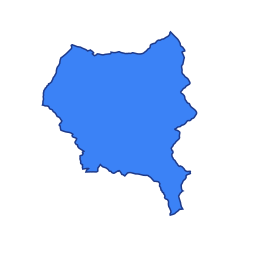 Fosca, Cundinamarca, Colombia (Natural Earth projection), rotated 254°
{"feature_id": "7082276B26264709784086", "entity_name": "Fosca", "entity_type": "district", "adm_level": 2, "iso_a3": "COL", "parent_name": "Colombia", "parent_adm1": "Cundinamarca", "projection": "natural_earth1", "projection_center": [-73.944, 4.318], "detail": "fine", "context": "isolated", "style": "filled", "palette": "blue", "viewbox_px": 256, "rotation_deg": 254, "n_neighbors": 0, "source": "geoboundaries", "source_scale": "gbopen_adm2", "svg_char_len": 5823}
<svg xmlns="http://www.w3.org/2000/svg" viewBox="0 0 256 256"><g transform="rotate(254 128 128)"><path d="M208.7,195.3L208.0,194.5L207.1,194.2L206.2,193.6L205.1,191.8L204.5,188.9L204.1,187.9L203.8,186.8L203.8,186.1L204.0,185.5L204.0,184.9L203.5,183.1L203.7,182.4L204.0,182.1L204.0,180.8L203.7,180.1L203.4,179.3L202.5,178.3L202.2,177.7L202.1,177.3L202.2,175.6L202.1,174.3L201.9,173.1L201.4,172.3L199.7,171.6L199.1,171.2L198.8,170.7L198.4,168.9L197.1,167.0L196.6,165.6L195.7,163.5L195.6,162.1L195.8,160.1L196.4,158.2L196.7,157.5L198.9,153.6L199.1,153.0L198.9,151.4L199.0,150.8L199.6,149.3L199.6,148.6L200.4,145.7L201.2,144.5L201.6,143.6L202.1,142.8L202.5,142.0L203.6,140.8L203.8,140.4L203.9,139.3L203.8,138.5L204.0,136.5L204.5,134.8L205.5,132.7L205.3,132.7L204.6,132.2L204.3,131.8L204.2,131.2L204.5,129.8L205.1,126.1L205.1,124.5L205.5,123.3L206.4,121.6L207.0,120.7L207.7,119.1L207.7,118.7L207.2,118.1L206.8,116.4L206.8,115.6L209.1,114.2L209.7,115.7L211.3,115.0L212.0,114.4L212.7,113.7L213.3,113.5L213.2,110.4L214.4,109.6L215.3,108.7L217.2,106.3L218.8,104.6L220.2,101.6L222.4,98.7L222.8,98.0L223.3,97.6L223.4,97.1L223.2,96.4L222.9,96.1L222.6,96.1L222.1,96.3L220.8,96.0L220.2,95.8L219.9,95.4L217.3,90.7L216.1,88.4L214.3,84.2L214.1,83.2L213.8,82.8L212.1,81.6L211.2,81.2L210.3,80.7L209.2,80.4L207.2,78.6L206.0,76.9L204.5,75.8L202.7,74.9L201.1,74.4L200.1,73.6L199.3,72.7L198.2,71.8L197.2,70.3L196.5,69.6L195.5,69.1L194.7,68.2L193.4,67.2L192.4,65.1L192.4,64.0L192.3,63.8L191.4,63.6L190.9,61.9L189.5,60.7L189.3,60.3L189.2,59.6L187.9,58.5L187.2,57.5L186.0,57.0L184.9,56.3L182.7,55.8L181.5,55.1L179.8,54.9L178.4,54.5L177.6,53.9L176.5,53.4L175.3,53.1L173.6,52.1L173.4,52.7L172.1,54.4L171.6,56.0L170.9,57.3L169.6,57.9L168.5,57.9L167.9,58.2L166.5,60.1L165.9,60.4L164.5,60.6L162.8,62.0L160.9,62.7L159.0,63.0L158.5,63.2L158.4,63.3L158.0,64.1L156.4,65.3L154.1,65.9L153.1,66.4L152.8,66.2L152.2,65.5L151.3,64.8L151.2,64.0L150.0,62.8L149.5,62.8L149.3,62.7L148.9,63.2L148.5,63.3L147.7,63.2L146.2,62.9L144.4,62.9L143.2,64.5L141.9,66.4L141.3,67.4L139.9,70.4L138.9,71.8L137.5,73.1L137.2,73.3L136.3,72.2L135.0,72.2L134.2,73.0L133.0,74.8L132.1,75.7L131.8,75.7L130.9,75.1L129.2,73.3L128.9,73.1L128.0,73.1L126.4,73.7L125.7,74.8L124.0,74.6L123.6,74.9L123.0,74.9L122.1,75.4L117.8,79.2L117.7,79.0L117.3,77.6L116.8,77.4L116.4,77.5L116.0,77.8L115.7,77.8L114.6,76.5L114.5,75.9L114.6,74.4L113.5,73.9L112.3,73.8L111.8,73.4L111.3,73.3L109.3,73.4L108.5,73.2L108.1,73.0L106.9,72.8L106.3,73.2L105.4,74.1L105.1,74.2L104.4,73.7L103.6,73.8L102.4,73.2L101.5,73.3L101.0,73.2L100.5,76.9L100.1,78.6L99.9,78.9L99.7,78.6L99.3,77.3L98.8,76.6L98.0,75.9L97.3,75.4L96.1,80.2L95.7,81.3L95.7,81.7L94.5,85.4L94.7,86.8L94.8,87.0L95.2,87.2L96.8,87.6L97.9,88.1L99.3,90.0L100.5,91.3L98.4,92.5L97.5,93.2L96.7,94.5L95.5,96.1L93.6,97.5L91.9,98.1L91.6,98.4L91.0,99.7L89.8,100.1L89.2,100.7L88.6,101.4L88.4,102.5L89.5,106.4L89.5,106.5L89.1,106.7L89.1,106.9L89.5,107.4L89.4,107.9L87.3,108.8L85.1,109.3L84.8,109.9L84.4,110.4L82.8,111.7L83.1,112.3L83.5,112.6L83.8,113.4L84.9,115.1L84.8,116.9L84.3,118.5L81.8,122.6L81.2,124.5L80.5,126.1L80.1,126.7L78.3,129.9L77.5,132.2L77.4,132.9L76.6,134.4L75.9,134.7L74.6,135.9L74.0,136.3L72.4,137.0L71.5,137.6L70.8,137.7L69.8,138.3L69.4,138.9L69.0,140.3L68.5,141.1L68.3,141.8L67.9,142.4L67.4,142.7L65.7,143.3L65.5,143.2L64.7,142.7L63.4,142.3L62.4,142.7L61.8,142.9L60.8,142.7L60.0,142.9L59.5,142.6L59.2,142.6L58.6,143.3L57.5,143.2L56.8,143.4L56.6,143.5L56.2,144.3L55.0,144.1L54.5,144.4L53.3,144.8L52.3,144.7L52.0,144.6L51.4,144.1L51.0,144.0L50.6,144.1L49.8,144.4L49.4,144.8L48.3,146.2L46.7,146.7L44.8,146.3L44.0,145.9L42.1,145.6L41.1,145.6L40.0,145.9L36.8,146.3L35.2,146.1L34.2,145.1L33.7,144.7L32.6,144.6L32.6,147.4L32.8,149.3L33.5,150.6L34.6,153.4L34.9,154.0L35.6,154.9L35.0,158.3L37.7,157.6L40.5,157.7L41.6,157.9L46.5,157.8L48.4,157.9L48.8,158.0L49.5,158.9L50.9,160.2L51.6,161.7L52.3,162.6L52.4,163.4L52.9,162.9L53.9,162.7L55.1,162.7L57.9,163.2L59.1,163.8L59.6,164.5L60.6,165.4L61.6,166.1L62.4,167.2L62.9,168.5L63.9,169.8L64.6,170.3L66.0,170.6L66.6,171.3L66.9,173.1L66.9,174.6L67.1,175.4L68.2,175.4L68.8,175.9L69.2,175.9L69.4,175.3L69.8,173.2L70.1,172.6L70.6,171.9L71.6,171.1L72.0,171.0L73.2,170.7L75.7,169.4L77.1,167.8L76.9,167.0L77.1,166.6L77.6,166.4L78.5,165.8L79.8,165.5L81.1,164.9L83.8,164.2L85.5,163.0L86.6,163.0L87.8,162.6L88.9,162.5L90.6,162.9L91.0,163.2L91.8,164.4L92.4,164.6L93.5,164.7L94.2,164.1L94.4,164.0L95.4,164.1L96.3,163.9L96.8,164.1L97.3,164.7L98.3,166.2L98.9,166.7L99.5,167.0L99.7,167.3L100.1,168.3L100.8,169.5L101.6,170.3L103.3,173.8L103.8,174.4L104.5,174.9L105.9,175.1L106.8,175.4L108.9,176.4L109.7,176.6L110.6,176.1L111.2,175.7L112.2,174.6L113.2,173.1L113.6,172.8L114.0,172.7L114.2,173.0L114.3,174.2L115.1,175.8L115.2,176.3L115.0,178.7L115.1,179.1L115.6,179.7L115.8,180.1L115.8,182.0L116.0,183.1L116.7,184.6L118.4,186.8L118.5,187.2L118.6,187.8L118.2,188.7L118.1,189.7L118.4,190.6L119.3,191.7L119.3,192.4L119.5,193.6L119.9,194.5L121.2,196.0L122.7,197.7L123.5,198.1L124.4,198.2L126.2,197.7L127.7,196.8L130.3,194.9L131.4,194.2L133.5,193.8L134.4,193.7L134.7,193.5L135.2,192.6L136.5,191.7L137.4,191.6L138.8,191.1L139.1,190.9L140.8,190.8L142.3,191.1L143.7,190.9L145.5,190.0L146.8,188.8L147.7,188.6L148.1,188.6L148.6,189.2L149.5,190.6L150.6,192.0L150.8,192.6L151.0,193.9L151.3,194.3L151.9,195.0L152.2,195.4L153.2,199.1L153.5,199.5L154.1,200.0L155.1,200.0L158.6,199.2L160.2,198.2L161.2,197.2L161.5,197.0L163.5,196.3L165.2,195.3L166.8,195.2L168.0,195.7L168.9,196.0L171.8,196.3L172.8,196.6L173.3,197.0L174.1,198.2L174.4,198.4L178.8,200.7L180.0,201.5L182.6,201.3L185.5,200.8L186.1,200.9L186.3,201.5L186.4,203.8L187.0,203.9L187.5,203.9L190.6,202.8L191.5,202.0L192.2,201.4L192.6,201.3L193.4,201.2L194.5,201.4L195.7,201.3L198.0,200.8L199.5,200.3L200.7,199.7L203.1,198.3L208.7,195.3Z" fill="#3b82f6" stroke="#1e3a8a" stroke-width="1.5"/></g></svg>